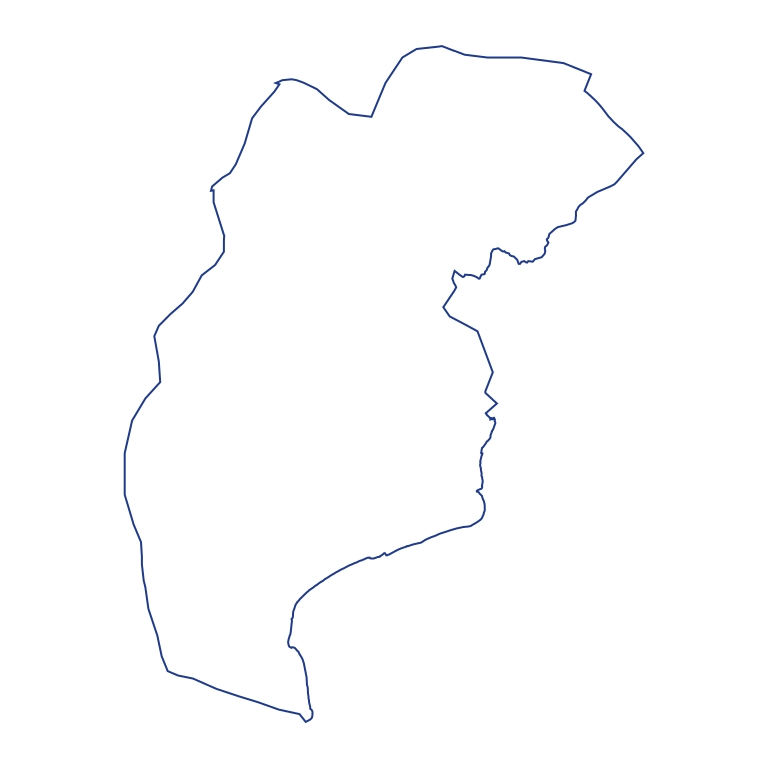 Penajam Paser Utara, Kalimantan Timur, Indonesia
{"feature_id": "22746128B96540112180119", "entity_name": "Penajam Paser Utara", "entity_type": "district", "adm_level": 2, "iso_a3": "IDN", "parent_name": "Indonesia", "parent_adm1": "Kalimantan Timur", "projection": "mercator", "projection_center": [116.659, -1.202], "detail": "fine", "context": "isolated", "style": "outline", "palette": "blue", "viewbox_px": 768, "rotation_deg": 0, "n_neighbors": 0, "source": "geoboundaries", "source_scale": "gbopen_adm2", "svg_char_len": 6061}
<svg xmlns="http://www.w3.org/2000/svg" viewBox="0 0 768 768"><path d="M544.6,253.8L545.2,251.6L545.3,250.7L545.2,250.4L544.9,249.9L544.9,247.7L545.3,246.7L546.0,246.1L546.7,245.6L547.5,244.4L548.4,242.5L547.5,241.3L546.8,239.7L547.0,239.1L548.3,237.9L549.4,233.9L555.3,228.7L557.9,227.1L566.3,225.1L572.0,223.3L573.8,222.3L575.4,220.8L575.8,217.5L575.8,216.6L576.0,216.0L575.9,212.6L576.0,211.4L577.2,209.5L578.4,207.1L579.8,205.5L580.5,204.8L582.1,203.9L583.9,202.3L585.7,200.5L586.9,198.9L588.2,197.4L597.2,192.0L610.6,186.3L614.4,184.3L617.0,181.7L636.4,159.3L640.0,156.1L643.3,153.1L638.9,146.8L637.7,145.3L633.2,140.2L631.2,137.8L628.5,135.1L622.2,129.2L618.3,126.3L613.8,122.1L608.4,116.3L602.0,107.9L599.4,104.8L596.3,101.4L594.0,99.1L592.5,97.8L591.0,96.3L587.5,93.2L584.5,90.8L591.1,74.2L563.5,63.1L521.1,57.5L487.2,57.5L464.6,54.7L453.8,50.6L453.7,50.7L441.9,46.1L438.7,46.6L416.5,49.0L402.4,57.5L385.5,82.9L371.4,116.8L348.8,114.0L329.0,99.9L317.0,89.2L304.0,82.9L298.5,80.8L295.9,80.0L291.8,79.3L289.1,79.5L282.4,80.2L280.9,80.8L279.1,81.7L275.8,83.0L279.4,84.3L274.3,91.7L261.0,106.5L252.1,118.3L244.7,143.5L235.8,164.3L229.9,173.2L222.5,177.6L212.1,186.5L211.0,190.8L213.6,190.3L213.6,202.3L224.3,236.2L224.0,237.6L223.9,241.7L223.9,251.7L215.1,265.0L201.7,275.4L192.8,291.7L182.5,303.6L170.6,313.9L158.8,325.8L154.3,336.2L158.8,361.4L160.2,382.1L145.4,398.4L132.1,420.6L124.7,453.2L124.7,494.7L133.6,524.4L141.0,542.1L141.9,556.9L141.9,564.4L143.7,580.5L145.4,587.5L148.4,608.8L157.3,635.5L161.7,656.3L167.7,671.1L178.0,675.5L192.8,678.5L216.5,688.9L238.8,696.3L258.0,702.2L278.8,709.6L299.5,714.1L305.7,721.9L308.1,720.7L310.4,719.4L311.0,718.8L311.8,717.9L312.3,716.2L312.4,715.1L312.5,711.9L311.8,710.2L311.0,709.3L310.4,709.0L310.2,708.4L310.1,706.0L309.9,705.6L309.2,703.0L309.2,702.4L309.0,701.2L309.0,700.4L308.8,699.4L308.5,698.5L308.5,696.5L308.1,694.1L307.9,692.2L307.9,690.4L307.7,687.4L307.0,684.9L306.9,683.9L306.6,677.4L303.8,663.1L302.5,659.2L301.6,657.4L299.4,653.9L298.4,651.7L297.4,650.9L295.1,648.2L294.4,647.8L293.5,647.4L292.6,647.3L291.8,647.4L291.5,647.8L289.8,647.0L289.1,646.3L288.6,645.0L288.3,643.4L288.1,641.8L288.4,640.8L288.6,639.4L289.6,636.0L290.3,634.4L290.7,632.3L291.4,626.1L291.4,625.5L291.9,621.5L291.9,620.1L291.6,619.4L291.5,619.1L291.7,618.8L292.3,618.3L292.7,617.7L293.0,615.4L293.0,614.2L293.2,611.9L293.8,610.0L294.5,608.2L295.0,606.5L295.8,604.3L297.2,602.5L297.3,601.9L297.7,601.7L298.5,600.9L300.4,598.5L300.6,598.4L301.0,598.0L301.2,597.9L302.0,597.0L307.2,592.0L308.2,591.3L309.1,590.3L313.5,587.3L315.3,585.8L316.0,585.3L316.6,585.2L318.1,583.9L320.2,582.4L321.4,581.6L321.5,581.7L322.9,580.9L323.4,580.4L325.1,579.0L325.9,578.6L329.5,576.4L330.2,575.8L335.2,572.9L335.9,572.4L338.8,570.9L341.3,569.4L342.2,569.1L343.4,568.5L348.9,565.6L353.2,563.8L354.2,563.2L357.0,562.3L358.0,561.7L359.7,560.9L361.1,560.5L361.4,560.4L362.9,559.8L363.5,559.5L364.4,559.3L365.0,558.8L367.8,557.7L368.6,557.8L369.1,557.6L369.7,557.6L369.9,558.1L370.2,558.3L371.6,558.5L373.1,558.5L374.0,558.4L377.5,557.1L379.4,556.8L380.0,556.6L380.1,556.1L380.3,556.0L381.3,555.5L382.1,554.9L383.1,554.2L383.7,553.5L384.3,553.2L384.9,553.2L385.1,553.3L385.4,553.9L386.2,555.2L386.5,555.3L387.1,555.3L388.3,554.7L389.2,554.5L390.3,553.9L390.7,553.6L397.2,550.1L400.8,548.5L406.6,546.5L406.8,546.4L406.9,546.1L407.0,546.0L407.9,546.2L409.8,545.5L413.2,544.4L417.1,543.5L420.8,542.7L421.6,542.3L425.4,539.8L428.5,538.4L431.8,537.0L435.5,535.7L439.1,534.0L441.0,533.3L445.8,531.8L450.8,530.1L456.8,528.4L463.4,527.0L468.6,526.5L470.9,525.9L473.0,524.5L474.3,523.9L475.2,523.3L477.2,522.1L479.9,520.2L481.7,518.5L483.1,515.3L483.6,514.4L483.9,512.6L484.1,512.0L484.5,511.2L484.8,509.8L484.7,505.5L484.5,503.7L483.7,500.7L483.4,500.1L483.0,499.6L481.9,495.8L479.6,493.6L479.3,493.0L478.8,492.4L477.7,491.7L476.9,491.6L476.8,491.1L476.8,490.9L477.3,490.5L478.2,490.0L479.5,489.4L481.3,488.8L481.7,488.4L482.0,487.9L482.1,487.3L482.2,486.6L481.9,486.0L482.2,484.9L482.4,483.1L482.7,482.1L482.6,480.1L482.2,478.5L482.1,477.0L481.6,476.2L481.5,475.7L481.6,474.0L481.4,471.9L481.0,470.6L480.9,469.0L480.7,467.5L480.4,466.7L480.1,465.2L480.2,464.3L480.4,463.6L480.5,463.1L480.2,461.9L480.4,461.6L480.5,460.9L480.5,460.3L480.6,459.7L481.0,458.5L481.4,456.3L482.1,454.9L482.4,453.5L482.4,453.4L482.1,453.4L481.8,453.6L481.5,453.6L481.2,453.4L481.2,452.7L481.5,450.8L481.7,449.4L482.2,447.7L482.6,447.4L483.1,447.1L483.3,446.8L485.5,443.8L486.8,441.6L487.9,440.8L490.0,438.4L490.4,437.6L490.5,436.8L490.5,435.8L490.8,434.4L491.5,432.9L491.6,432.1L491.8,431.5L492.0,431.4L492.0,430.9L492.1,430.7L492.7,430.2L493.5,428.4L494.8,424.6L495.0,424.2L495.3,423.1L495.3,422.4L494.8,421.4L494.7,420.6L494.9,420.0L494.9,419.6L494.4,419.2L494.3,418.1L493.9,417.6L493.8,416.9L493.8,417.0L493.8,417.7L494.1,418.0L494.2,418.4L494.2,418.9L493.8,419.0L493.1,419.2L492.5,419.2L492.1,418.9L492.1,418.5L491.9,418.3L490.8,419.5L490.5,419.5L490.6,419.3L491.0,418.8L490.7,418.6L491.1,418.4L491.0,418.1L490.4,418.1L490.2,418.0L486.6,414.7L486.5,414.4L486.6,414.1L485.8,413.2L496.9,403.5L485.4,392.9L485.3,391.5L492.8,372.3L479.9,337.7L477.5,331.3L467.8,326.0L449.7,316.4L443.3,307.2L453.5,292.0L454.2,291.0L456.2,287.3L455.2,285.1L453.7,282.6L453.1,280.5L452.3,278.6L454.6,270.9L460.4,275.4L462.9,277.0L463.2,276.9L463.7,276.8L464.2,276.3L464.4,276.2L465.0,274.7L471.3,275.1L472.8,275.6L473.4,275.7L476.4,277.0L477.6,277.8L478.2,278.3L479.0,278.7L479.6,278.6L480.1,277.7L480.3,276.9L481.5,274.7L484.5,274.1L484.9,273.0L485.0,271.9L485.7,271.1L486.6,270.3L487.3,268.1L487.9,267.4L488.0,267.0L488.7,266.3L489.2,265.6L489.6,264.7L490.9,257.4L491.1,255.8L491.1,253.4L492.6,250.3L492.9,249.9L493.5,249.3L495.2,249.1L497.8,248.3L498.7,248.5L499.0,248.9L499.7,249.3L501.5,250.7L502.4,251.3L503.8,251.5L504.4,251.2L505.7,252.5L508.9,253.4L509.8,255.0L511.0,255.8L514.0,256.6L517.2,259.8L518.7,263.9L520.0,263.9L521.4,261.9L524.2,261.1L526.0,262.3L527.0,262.6L528.3,261.1L532.7,261.7L535.0,259.1L541.7,257.2L544.6,253.8Z" fill="none" stroke="#1e3a8a" stroke-width="2"/></svg>